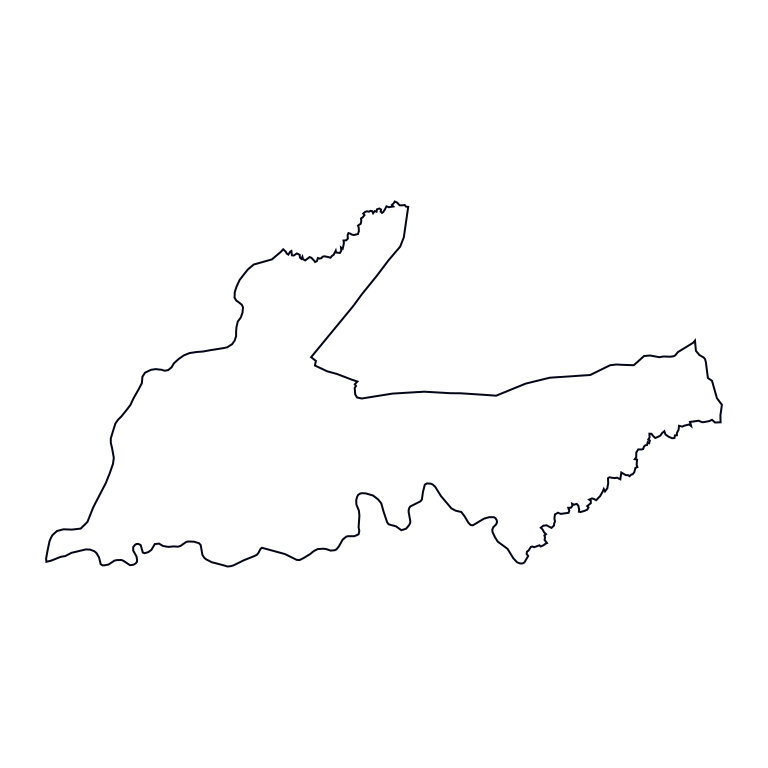 the district of Itaqui, Rio Grande do Sul, Brazil
{"feature_id": "56859067B22729484732675", "entity_name": "Itaqui", "entity_type": "district", "adm_level": 2, "iso_a3": "BRA", "parent_name": "Brazil", "parent_adm1": "Rio Grande do Sul", "projection": "natural_earth1", "projection_center": [-56.113, -29.138], "detail": "fine", "context": "isolated", "style": "outline", "palette": "ink", "viewbox_px": 768, "rotation_deg": 0, "n_neighbors": 0, "source": "geoboundaries", "source_scale": "gbopen_adm2", "svg_char_len": 5970}
<svg xmlns="http://www.w3.org/2000/svg" viewBox="0 0 768 768"><path d="M528.2,556.0L526.6,553.9L527.0,551.6L528.5,550.6L530.8,547.0L532.3,546.5L534.2,547.2L537.8,545.9L539.5,545.3L540.7,546.5L543.8,545.1L545.3,543.8L547.0,543.0L544.6,540.0L545.0,537.3L544.4,535.4L546.0,534.2L543.9,532.0L542.6,529.5L540.8,527.7L543.3,525.7L546.5,525.3L551.5,527.9L554.0,525.5L554.2,523.3L555.0,521.6L554.4,518.3L555.0,514.4L557.9,512.7L560.8,513.9L568.5,512.8L569.3,510.8L568.3,507.8L571.0,507.7L572.4,505.7L572.1,503.7L574.0,504.7L576.7,503.9L578.3,505.6L579.2,509.5L578.9,511.7L580.6,512.0L584.5,510.9L587.3,509.6L588.5,507.4L587.2,506.1L590.8,503.2L590.8,500.7L589.2,499.6L592.0,498.4L594.0,499.0L596.2,500.2L600.2,496.0L602.7,491.6L603.8,489.0L605.0,491.4L607.3,488.3L607.8,485.5L608.2,483.3L608.0,478.2L609.4,477.3L611.5,477.7L614.6,478.1L617.1,477.7L620.3,479.3L620.7,476.6L621.3,472.5L625.8,475.1L628.0,475.1L629.6,476.2L631.2,474.6L632.7,474.2L634.3,472.2L635.4,467.9L637.4,467.1L636.6,464.7L637.1,459.6L634.8,459.2L636.2,457.2L636.3,452.5L638.2,449.4L641.3,449.5L643.2,449.0L643.9,446.6L645.4,445.3L647.0,445.0L647.7,442.3L649.2,443.1L649.8,440.5L648.2,439.7L649.6,437.4L649.4,433.7L651.4,433.8L653.8,436.7L655.3,438.0L657.6,437.0L660.4,435.6L661.9,433.3L664.3,431.2L665.5,434.5L668.6,436.7L672.0,438.2L674.4,438.1L675.0,435.4L676.9,435.3L676.9,433.0L678.6,429.7L679.0,425.8L682.4,426.6L684.2,425.7L687.0,425.0L689.2,424.5L691.1,426.0L690.0,421.9L692.6,421.6L698.6,420.7L701.7,422.1L703.3,422.2L709.4,421.1L712.0,419.8L715.0,422.5L720.6,422.3L720.4,415.6L721.9,404.8L720.8,403.3L719.7,401.9L716.9,398.1L712.0,380.8L707.9,378.0L705.9,362.4L705.1,359.2L703.7,357.5L699.5,355.1L695.9,350.8L695.0,340.6L693.4,342.6L677.9,352.1L675.3,355.3L673.7,356.2L670.4,356.7L663.3,356.5L659.4,357.2L650.0,355.5L644.1,356.0L633.8,365.2L629.9,365.1L621.8,364.8L616.5,364.5L610.2,365.2L595.7,372.3L590.2,375.0L549.8,377.7L525.7,383.6L496.1,395.7L486.8,395.0L460.8,393.3L450.3,393.2L433.0,392.2L424.2,391.7L419.6,392.0L416.8,392.1L413.9,392.3L392.5,393.6L361.8,398.5L357.1,397.5L355.2,394.4L354.7,387.9L356.0,386.0L354.8,384.3L357.4,381.5L352.2,379.8L337.0,374.0L327.2,371.3L314.9,365.5L315.9,360.9L311.1,357.2L353.1,306.2L362.0,294.1L376.9,275.7L388.6,260.2L400.2,246.6L403.8,237.4L407.2,213.9L408.2,206.9L406.0,206.6L404.7,205.0L402.6,205.3L399.7,205.3L398.4,204.0L397.2,202.6L394.8,201.5L393.6,203.3L391.9,205.0L393.3,206.5L388.8,207.2L386.5,206.3L384.7,209.8L383.3,212.0L382.0,212.9L380.6,211.6L381.1,209.5L379.3,208.5L377.0,209.3L376.5,211.7L374.7,211.1L373.1,213.2L372.2,211.2L370.7,210.8L368.9,211.7L367.0,211.3L365.1,211.9L363.2,213.6L364.5,215.1L362.8,217.2L361.0,218.5L361.3,220.9L360.7,223.8L358.0,225.6L358.7,227.5L358.9,231.0L358.0,234.0L354.0,235.0L352.1,234.7L350.2,233.6L348.5,233.1L347.6,235.2L347.9,238.6L346.2,240.3L343.5,240.5L343.9,242.9L343.3,246.1L342.7,248.7L341.0,247.5L341.3,250.6L340.0,252.9L338.4,252.8L336.0,252.5L335.7,250.7L333.7,254.7L331.9,256.0L330.5,257.7L328.0,257.0L324.5,256.3L322.6,256.7L321.3,258.2L319.6,258.6L317.9,258.0L316.9,261.1L315.1,262.0L313.9,260.4L311.3,257.7L309.6,257.1L305.2,260.4L303.0,259.2L302.4,256.7L301.3,258.8L299.9,257.5L299.7,254.8L296.8,253.5L293.8,255.5L291.9,255.3L291.4,251.0L290.1,251.7L288.4,254.6L286.7,253.5L285.9,251.8L283.2,249.3L280.6,252.1L277.7,254.5L271.9,259.4L262.4,262.1L253.8,264.5L248.0,269.3L244.4,273.8L239.6,280.0L236.6,286.5L235.6,289.4L234.7,292.3L234.7,294.7L234.5,297.6L236.3,300.6L239.4,302.8L241.8,304.8L243.0,307.3L242.5,312.7L240.7,317.7L237.8,321.5L236.5,327.0L236.1,331.5L236.1,336.2L234.6,340.7L232.1,344.2L227.2,347.3L223.0,348.2L219.1,348.8L212.2,349.9L210.2,350.2L203.2,351.5L196.6,352.0L189.5,353.1L183.8,355.4L178.8,358.9L174.0,363.2L171.5,367.4L170.1,368.5L168.2,370.1L164.9,370.7L162.8,370.2L161.4,369.7L159.7,369.6L155.8,369.1L151.0,369.8L145.0,372.7L142.4,376.8L141.9,383.1L138.8,389.0L133.6,398.2L132.1,401.3L130.4,405.0L127.2,409.2L121.5,416.3L118.0,419.8L115.4,423.5L114.1,427.6L112.7,432.1L110.8,438.3L110.8,442.8L112.1,448.3L113.8,457.8L113.0,463.8L109.4,474.2L108.0,477.5L105.8,483.1L95.6,502.7L93.1,507.7L91.7,511.2L87.5,521.8L84.7,524.7L80.6,528.6L71.9,529.6L63.5,529.3L57.0,531.0L52.4,535.2L50.8,538.2L49.5,541.3L48.5,546.0L47.3,551.9L46.1,558.7L46.4,561.8L51.0,560.7L60.8,556.8L65.2,556.1L71.6,552.8L85.9,549.4L90.1,549.6L94.3,551.2L96.5,553.1L99.1,557.6L100.7,564.2L102.5,565.3L104.5,565.3L108.6,564.5L114.3,560.7L116.7,560.1L121.5,560.0L123.9,561.1L130.0,565.2L133.6,564.7L135.8,563.3L136.9,561.9L137.1,560.1L136.5,556.5L133.2,550.5L133.2,547.1L134.9,545.0L136.4,544.0L138.3,543.9L140.7,545.1L142.8,552.5L144.4,553.2L148.2,552.2L151.4,549.9L154.8,544.1L159.0,543.6L163.0,546.0L168.4,546.9L173.7,546.4L178.0,546.7L180.6,545.9L186.2,541.9L188.1,541.5L194.0,541.7L199.0,543.2L200.7,545.1L202.4,554.9L204.2,557.7L205.9,559.2L211.7,562.2L222.8,565.1L227.5,566.5L231.2,566.1L233.6,565.3L244.0,560.2L254.0,556.2L256.7,554.9L258.3,553.1L260.6,548.8L262.0,547.8L284.8,554.0L296.8,559.9L299.5,560.1L303.9,557.9L310.2,554.0L313.9,551.0L317.6,549.1L323.2,548.7L326.3,549.1L330.6,550.6L334.8,550.2L336.5,549.3L338.8,546.5L342.7,539.6L346.2,536.7L347.9,536.2L354.4,536.2L358.6,534.3L359.3,530.8L358.6,527.3L359.4,515.7L358.9,510.6L356.4,504.6L356.2,500.2L357.1,496.8L358.2,494.8L360.3,493.5L362.1,493.2L365.9,493.4L373.2,495.6L378.2,499.5L381.3,503.4L383.5,511.4L387.1,522.2L388.6,524.3L390.3,524.8L395.9,526.3L401.4,530.2L406.1,528.7L409.0,525.3L410.1,523.2L410.3,521.1L408.7,512.4L408.6,510.5L409.3,507.9L410.2,506.5L420.5,501.3L421.9,499.5L423.0,491.8L424.8,484.7L427.0,483.4L430.9,483.7L432.7,484.5L435.2,486.8L440.9,496.0L451.4,508.4L455.7,510.7L461.3,512.0L464.5,516.2L468.4,522.7L470.6,525.0L472.9,525.3L483.9,518.7L489.0,517.2L493.9,517.2L495.3,518.0L496.7,520.1L497.0,522.1L496.3,524.2L493.3,527.2L492.3,529.7L492.5,532.0L495.1,537.5L497.8,541.7L507.5,548.8L513.4,558.4L517.1,562.3L520.2,563.5L522.7,563.4L524.4,562.4L528.2,556.0Z" fill="none" stroke="#020617" stroke-width="2"/></svg>